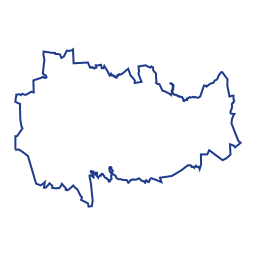 the district of Yécora, Sonora, Mexico
{"feature_id": "50627088B85218670408267", "entity_name": "Yécora", "entity_type": "district", "adm_level": 2, "iso_a3": "MEX", "parent_name": "Mexico", "parent_adm1": "Sonora", "projection": "equal_earth", "projection_center": [-108.893, 28.413], "detail": "fine", "context": "isolated", "style": "outline", "palette": "blue", "viewbox_px": 256, "rotation_deg": 0, "n_neighbors": 0, "source": "geoboundaries", "source_scale": "gbopen_adm2", "svg_char_len": 5591}
<svg xmlns="http://www.w3.org/2000/svg" viewBox="0 0 256 256"><path d="M222.3,72.2L221.1,72.2L218.6,75.6L217.7,78.2L216.8,79.6L214.7,80.6L213.5,82.7L210.3,83.7L206.5,86.6L206.0,85.7L205.2,85.8L204.0,85.5L200.2,96.5L198.1,97.8L195.2,97.1L194.9,97.2L194.5,97.5L194.3,97.4L194.0,97.0L193.6,96.8L192.9,96.9L191.4,97.5L190.6,97.4L189.5,97.1L188.3,98.4L187.5,98.6L187.2,98.4L186.9,99.0L187.1,99.5L187.1,99.8L187.1,100.0L185.9,99.7L185.7,99.7L185.5,99.8L184.8,100.4L184.4,101.0L183.7,101.0L183.5,100.9L183.3,100.5L183.4,99.3L183.1,99.0L182.8,98.7L182.6,97.8L182.3,97.5L181.9,96.8L181.0,96.8L180.2,96.9L179.6,96.9L179.4,96.8L179.1,96.1L178.8,96.0L178.5,96.2L177.8,96.1L177.5,95.9L177.3,95.5L176.8,95.2L176.3,95.1L175.9,94.8L174.9,94.7L174.3,94.8L173.9,94.7L173.6,93.9L173.1,93.6L172.3,91.2L172.3,90.7L173.3,89.2L173.1,88.4L173.6,85.6L173.1,84.8L171.1,83.2L170.6,83.4L171.7,84.4L172.8,84.9L173.2,85.5L172.8,86.7L172.6,88.4L172.8,89.0L172.7,89.3L172.3,89.5L172.1,89.7L171.8,90.3L171.8,90.8L171.7,91.3L171.8,91.4L172.0,92.0L172.5,92.7L172.7,93.0L172.7,93.3L172.6,93.6L172.1,93.6L171.9,93.7L171.4,93.7L171.1,93.9L170.9,94.3L170.9,94.9L169.7,93.9L165.2,91.5L162.4,90.6L159.4,84.1L157.7,84.0L155.9,82.8L156.6,81.8L156.2,80.0L156.0,73.5L153.3,70.5L153.0,67.3L151.8,67.0L151.3,66.5L150.3,67.6L147.4,66.3L145.7,65.3L138.5,66.4L139.0,71.7L138.5,73.9L141.5,81.9L134.7,83.0L134.8,80.5L132.4,77.3L130.6,75.6L128.2,68.7L122.4,73.6L120.8,74.3L120.4,74.6L120.0,74.5L119.8,74.6L119.5,74.3L119.2,74.2L119.0,74.3L119.0,74.5L118.6,75.2L118.3,74.9L118.2,74.9L118.1,75.2L118.0,75.3L117.5,75.2L117.1,76.3L116.7,77.6L115.9,77.6L115.6,76.8L114.4,76.9L114.2,76.8L114.1,76.5L114.0,76.0L114.1,75.7L113.5,75.6L113.3,75.4L113.1,75.3L112.3,75.6L111.1,73.8L110.5,75.3L110.1,75.3L109.7,75.6L108.8,73.9L108.6,73.1L108.3,72.9L107.9,71.8L104.3,66.0L103.5,68.2L101.8,68.3L101.0,64.8L98.0,65.4L95.8,65.3L96.4,67.6L96.1,67.7L95.7,67.6L95.2,67.7L94.8,68.0L94.6,68.4L94.3,68.5L93.4,68.2L93.1,68.1L92.7,67.2L92.4,67.4L92.1,67.3L91.6,67.6L91.0,67.2L90.5,67.4L90.2,67.0L89.9,67.3L87.9,62.5L73.6,63.3L73.0,49.4L71.8,50.3L68.9,51.0L66.8,50.6L63.8,56.6L61.4,57.9L60.1,54.6L58.3,54.1L55.1,53.9L55.0,52.9L50.4,52.7L48.7,52.3L43.6,51.6L43.4,54.6L44.4,59.9L42.8,73.6L46.1,75.8L46.5,77.4L45.1,78.1L43.1,76.7L42.6,76.8L42.4,77.4L33.4,80.4L33.7,92.4L31.3,91.8L26.3,94.6L24.8,94.8L22.3,93.8L20.9,95.1L19.3,94.2L16.4,94.7L16.5,94.9L15.7,98.5L15.4,101.9L20.1,104.0L20.0,107.8L20.2,115.8L20.4,120.1L21.4,126.1L22.5,128.3L17.1,136.1L15.4,136.2L15.4,148.4L16.0,149.8L18.8,149.4L23.8,152.8L28.0,156.1L35.1,180.3L36.2,183.7L40.7,185.4L43.6,183.3L44.8,182.2L44.0,187.7L45.8,187.7L49.6,183.3L52.4,185.9L52.2,187.9L56.1,188.4L57.4,188.0L59.1,188.2L61.0,185.9L61.9,183.8L66.1,188.7L65.7,189.8L67.4,190.3L69.9,188.6L73.2,185.5L74.2,186.8L77.6,189.7L80.3,195.4L82.0,197.4L81.1,199.9L87.9,203.3L88.6,206.6L91.8,206.2L92.7,200.6L90.9,183.4L89.5,176.0L89.5,175.6L89.8,175.5L90.6,175.2L91.0,175.3L92.6,176.5L93.1,177.3L93.4,177.5L93.6,177.5L93.4,175.7L92.8,174.9L92.7,174.0L92.4,173.5L92.4,173.1L92.3,172.9L92.1,172.9L91.9,173.0L91.5,172.8L91.2,172.3L90.9,172.1L90.7,171.7L90.8,171.3L91.0,171.1L91.3,171.0L91.5,171.0L92.3,171.9L93.4,171.5L93.5,171.7L94.2,173.4L94.8,173.7L95.0,174.1L95.3,174.4L95.5,173.9L95.6,173.2L95.7,172.9L95.9,172.7L96.3,173.0L96.9,172.7L97.1,173.2L97.2,173.7L97.0,174.1L96.7,174.5L96.7,175.5L97.1,176.4L97.4,176.7L97.9,177.1L98.2,177.6L98.4,177.0L98.7,176.6L99.0,176.4L99.8,175.5L100.1,175.4L100.5,175.7L100.6,175.2L101.1,175.0L101.0,174.7L101.4,174.1L102.0,173.7L102.7,174.0L103.2,174.5L103.4,175.1L104.0,175.8L104.2,176.4L105.0,177.5L105.3,177.8L106.4,178.0L106.5,178.5L106.8,178.8L107.7,179.2L108.0,179.5L108.4,180.2L108.6,181.0L108.8,181.5L109.1,181.6L109.5,181.6L110.0,181.2L110.2,179.8L110.6,179.5L110.8,179.5L111.4,179.3L111.5,179.1L111.4,177.5L111.1,176.2L111.2,175.5L111.6,174.9L111.8,173.9L111.2,173.4L110.6,172.6L110.4,172.0L110.1,171.8L109.8,171.2L109.6,171.0L109.5,170.0L109.6,169.1L109.4,168.9L109.3,168.5L109.4,168.4L109.3,167.9L109.8,167.1L110.0,167.0L111.0,167.2L111.3,167.4L111.5,167.9L111.5,168.1L111.2,168.7L111.3,169.3L112.8,170.6L112.8,171.0L112.1,171.6L112.0,171.9L112.7,174.2L112.9,174.4L113.3,174.4L115.2,175.5L115.6,175.9L115.9,176.9L116.4,177.8L116.8,178.2L118.3,179.2L120.4,179.2L123.2,180.0L126.6,180.1L127.0,180.4L127.8,181.7L128.3,182.8L128.5,182.8L130.5,180.3L130.7,179.9L131.0,180.0L132.0,180.0L133.0,179.3L134.5,179.6L134.9,179.8L136.1,179.6L138.2,178.8L138.8,178.3L139.1,178.4L140.2,179.5L140.8,179.8L141.1,180.1L141.3,180.5L141.7,180.9L142.3,181.1L143.1,181.2L143.7,181.0L144.3,181.7L144.6,182.3L145.1,182.8L145.4,182.3L145.7,181.2L146.1,180.2L146.3,180.1L146.5,180.3L147.9,181.7L148.4,182.2L148.6,182.2L149.0,181.8L150.2,179.0L151.0,178.3L151.6,178.2L153.4,179.1L154.6,179.3L161.4,182.1L160.0,177.7L171.8,176.0L181.2,170.4L188.0,165.2L188.7,165.3L190.7,165.4L191.1,165.6L191.5,166.7L191.8,167.0L192.2,167.0L193.0,166.6L194.4,167.9L195.9,165.7L196.8,166.9L198.8,166.9L199.6,169.2L201.1,164.2L200.9,154.4L207.3,154.4L209.2,150.2L222.6,160.2L226.4,158.3L230.5,154.6L230.0,144.3L234.0,145.7L235.1,147.4L240.6,142.8L238.3,140.9L231.5,123.5L232.0,119.0L233.3,115.7L234.4,114.0L232.3,113.8L231.0,113.6L230.5,112.8L230.3,112.2L230.6,111.1L231.2,110.3L231.2,109.8L231.5,109.3L231.5,108.4L232.0,107.7L232.1,105.9L231.8,104.9L232.0,103.8L232.7,102.9L233.0,103.0L233.1,102.9L233.2,102.5L233.4,102.5L233.7,101.8L233.7,101.4L234.2,101.0L234.2,100.8L234.0,99.9L233.8,99.7L233.8,99.4L233.5,98.6L233.5,95.7L232.2,95.7L230.6,96.3L229.5,96.5L227.3,85.3L227.5,79.3L222.3,72.2Z" fill="none" stroke="#1e3a8a" stroke-width="2"/></svg>